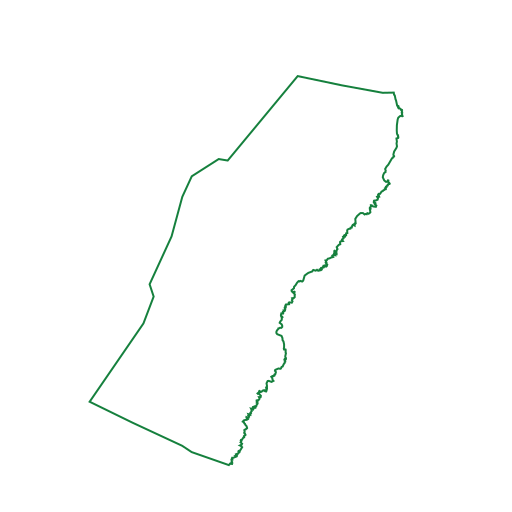 the district of Hamahamet-Mboinkou, Andjazîdja, Comoros, rotated 24°
{"feature_id": "10938185B70444296254874", "entity_name": "Hamahamet-Mboinkou", "entity_type": "district", "adm_level": 2, "iso_a3": "COM", "parent_name": "Comoros", "parent_adm1": "Andjazîdja", "projection": "orthographic", "projection_center": [43.406, -11.482], "detail": "fine", "context": "isolated", "style": "outline", "palette": "green", "viewbox_px": 512, "rotation_deg": 24, "n_neighbors": 0, "source": "geoboundaries", "source_scale": "gbopen_adm2", "svg_char_len": 6120}
<svg xmlns="http://www.w3.org/2000/svg" viewBox="0 0 512 512"><g transform="rotate(24 256 256)"><path d="M317.0,458.0L316.4,457.9L316.7,456.3L318.4,455.8L317.7,454.9L318.4,454.6L318.0,453.9L317.6,453.8L316.5,452.1L317.2,451.6L316.3,450.7L316.3,450.0L317.2,449.7L319.9,446.9L319.9,446.7L318.6,446.7L319.1,446.1L318.3,445.3L318.7,444.9L319.5,445.1L319.8,444.6L319.5,444.0L320.7,442.1L320.7,441.7L319.4,441.5L319.4,441.2L320.6,440.0L321.1,436.3L319.9,435.9L319.8,435.6L318.4,435.6L319.6,434.1L319.6,433.2L318.9,433.2L318.3,432.4L317.7,432.4L317.9,431.0L317.1,430.7L317.1,430.1L317.9,429.5L318.2,427.4L318.9,426.5L318.2,425.6L318.3,425.2L319.1,424.2L319.2,423.7L318.2,422.8L317.6,422.8L317.1,422.3L317.2,421.3L316.1,419.8L316.4,419.2L317.2,418.5L317.3,417.8L317.9,417.1L317.9,416.8L316.6,415.3L314.8,414.5L314.2,413.8L313.4,413.7L312.6,412.8L311.3,412.7L311.7,411.2L313.3,409.8L314.1,409.5L314.9,408.4L312.9,407.4L312.8,407.1L314.6,407.1L315.0,406.7L314.7,406.2L315.0,405.7L313.9,404.9L314.5,404.4L313.5,403.6L314.8,403.4L314.4,403.1L315.3,402.5L315.4,401.7L314.7,401.4L315.2,399.5L314.8,399.2L314.7,398.5L313.7,397.6L315.8,397.5L315.9,396.4L314.6,395.9L314.6,395.2L315.2,394.8L316.5,395.1L317.1,395.0L317.3,394.7L317.0,394.3L315.7,394.5L315.7,394.0L317.3,392.9L317.1,392.3L317.5,390.2L317.3,389.8L316.7,389.8L316.9,389.3L316.5,389.0L316.0,389.0L315.3,387.7L315.8,387.2L316.8,387.1L317.3,385.0L317.0,384.4L316.1,383.7L317.6,383.0L317.3,381.7L314.4,380.5L314.1,380.5L313.8,381.1L313.3,380.9L313.9,379.7L314.9,378.9L313.9,378.2L314.0,377.9L315.8,378.1L316.3,377.7L316.9,376.2L317.7,375.5L318.1,375.3L318.5,375.7L319.1,375.1L319.7,375.8L320.4,375.6L320.4,374.6L319.4,373.0L320.0,372.7L319.5,371.7L318.8,371.7L319.0,370.4L317.4,368.0L317.5,365.5L318.4,364.9L321.4,364.7L322.7,363.0L321.6,362.5L320.6,361.0L319.1,360.1L319.8,359.0L320.6,358.8L320.7,358.2L321.5,357.9L321.5,357.4L321.1,357.2L321.1,356.6L321.7,356.1L321.4,354.0L320.9,353.5L320.0,353.2L319.9,352.2L322.3,349.6L324.0,349.2L324.5,348.7L324.5,346.9L325.3,346.1L325.3,343.5L325.7,342.0L325.3,341.2L325.7,340.6L325.0,339.2L324.3,339.4L324.0,339.0L324.1,338.4L325.2,337.8L324.9,337.1L324.4,337.1L323.5,335.7L322.9,332.6L322.4,332.3L321.3,329.7L321.0,329.4L319.7,330.0L319.1,329.4L318.8,328.0L317.6,325.3L315.8,322.8L314.6,322.2L313.5,320.2L311.8,318.6L307.2,318.8L306.1,318.2L305.5,317.2L305.4,315.6L306.0,313.7L305.9,313.0L306.5,312.7L307.1,311.8L308.4,311.3L308.8,310.1L308.3,309.0L307.3,308.0L304.8,307.4L304.8,306.0L305.5,303.8L304.8,302.3L305.1,301.1L304.5,300.7L303.6,301.0L302.8,299.9L302.5,298.1L304.1,297.7L304.2,297.4L303.7,296.3L303.3,296.3L303.2,296.0L304.2,295.0L303.5,294.4L304.6,293.8L304.3,292.4L303.8,292.4L303.2,291.6L303.2,291.1L304.0,290.4L303.6,289.7L303.2,290.0L303.0,289.7L303.0,288.2L305.8,286.6L304.9,285.3L305.2,284.8L307.7,284.1L307.8,282.6L306.7,281.7L307.0,280.6L306.2,279.9L307.7,278.9L308.1,277.8L307.4,276.5L307.3,275.6L306.9,275.2L305.4,274.6L305.4,274.1L306.0,273.8L305.9,273.1L305.5,273.0L304.4,274.1L304.0,274.1L302.9,273.6L302.4,272.8L303.8,270.1L303.3,268.6L304.0,266.7L304.4,263.7L305.1,261.7L305.4,261.4L306.2,261.5L306.9,260.6L308.5,260.6L308.9,260.0L309.1,259.0L308.4,254.1L309.9,251.4L310.7,250.1L313.7,247.2L313.8,245.8L314.1,245.4L316.3,245.2L316.8,244.5L317.2,244.4L317.4,243.8L318.8,244.2L320.7,242.8L319.7,242.2L320.0,241.8L321.5,241.3L321.3,240.9L320.4,241.1L320.3,240.4L322.5,239.0L322.6,238.5L322.3,238.1L321.6,238.1L321.6,237.6L322.4,237.5L322.4,236.8L322.7,236.6L323.1,237.5L324.5,237.1L324.8,236.3L324.7,235.9L323.8,236.0L323.7,235.7L324.4,234.9L323.7,234.5L323.5,234.1L322.7,234.0L322.4,233.7L322.8,233.1L321.3,231.8L322.4,231.0L322.7,229.3L324.2,228.2L325.0,227.1L326.7,225.7L325.8,225.3L325.5,224.7L325.8,224.2L327.8,223.3L327.2,223.0L327.4,222.5L327.1,222.2L326.3,222.3L326.2,221.4L326.8,221.2L328.2,221.8L328.9,221.6L328.5,220.7L326.5,220.4L325.5,219.7L325.6,219.3L327.7,219.5L327.3,217.1L327.6,216.5L326.1,215.1L327.1,212.1L328.2,211.0L327.2,209.3L327.1,208.8L327.5,208.1L329.3,207.0L327.9,206.2L327.9,205.7L328.7,204.6L328.8,204.1L327.7,203.1L328.0,202.7L328.9,202.6L329.5,202.2L329.5,201.8L328.2,201.4L328.3,200.9L329.8,200.2L329.1,198.7L330.1,197.9L328.9,195.6L328.9,194.6L329.9,193.4L331.1,192.6L330.9,191.6L331.9,191.1L331.6,189.3L332.1,188.0L333.7,188.1L333.5,187.7L332.6,187.5L333.5,186.8L333.7,186.0L333.0,185.9L333.4,185.0L331.6,181.7L332.1,178.4L333.7,174.8L334.3,174.1L336.3,173.3L338.3,173.9L338.9,173.1L340.2,172.8L340.3,171.6L341.7,171.6L342.5,170.2L342.7,169.5L341.4,167.5L341.5,166.5L340.7,166.5L340.3,165.4L340.8,164.9L340.8,163.8L340.3,162.9L341.1,162.6L342.0,163.1L343.2,163.0L345.5,162.3L345.4,160.9L343.3,160.3L343.1,159.9L343.7,159.3L343.5,159.0L342.3,158.9L342.0,159.2L341.7,159.0L341.3,157.6L341.4,157.3L342.7,156.7L344.2,155.1L343.9,153.2L343.2,153.2L342.6,152.7L344.4,151.7L343.9,151.1L342.7,150.7L342.6,150.3L343.0,150.0L342.8,149.5L342.9,149.2L344.1,148.7L344.5,146.0L345.4,145.2L345.5,144.4L346.3,143.5L346.3,143.0L347.4,142.2L347.1,141.5L346.5,141.3L346.9,140.7L346.6,140.1L347.2,139.7L346.9,139.0L347.7,138.0L347.3,137.4L347.8,136.4L348.7,135.9L348.7,135.5L347.8,134.9L347.0,134.9L346.6,134.5L346.2,133.2L345.8,133.2L345.6,134.6L344.7,135.4L342.4,134.8L339.8,132.5L339.3,130.5L339.3,128.1L340.2,126.6L339.8,126.0L339.8,125.3L338.6,124.0L338.9,121.2L339.7,118.8L340.5,111.4L341.0,110.8L340.9,110.2L341.6,109.1L341.6,108.6L340.5,107.9L340.2,107.3L339.7,104.3L340.3,100.2L340.2,98.5L338.6,96.0L338.2,94.2L336.5,91.5L337.9,90.3L337.9,90.0L337.3,89.5L337.3,88.9L336.6,88.3L336.6,87.9L335.7,87.6L334.9,86.7L333.5,84.0L331.5,79.2L329.9,73.7L329.7,71.8L330.7,69.6L331.7,68.8L332.7,68.9L333.0,68.6L331.4,66.8L331.4,65.8L330.6,65.4L330.5,64.1L330.0,63.8L329.8,63.2L328.8,63.5L328.2,62.8L327.0,62.7L326.3,63.1L325.8,62.8L326.0,62.2L325.5,61.6L325.1,62.1L324.6,61.7L324.6,61.1L323.7,61.1L320.5,56.7L319.9,56.3L317.4,52.8L316.5,52.5L315.4,50.7L305.3,55.4L264.9,65.2L220.9,74.7L191.3,180.3L182.5,182.6L164.9,209.3L164.6,231.9L170.9,272.5L170.3,325.1L179.0,334.7L180.6,363.4L163.3,456.8L211.0,458.5L265.7,459.4L277.0,461.3L317.0,458.0Z" fill="none" stroke="#15803d" stroke-width="2"/></g></svg>